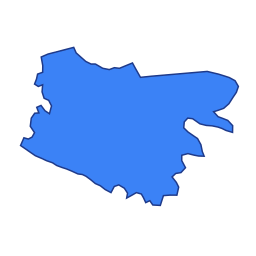 Belmonte, Santa Catarina, Brazil, rotated 187°
{"feature_id": "56859067B29465738256221", "entity_name": "Belmonte", "entity_type": "district", "adm_level": 2, "iso_a3": "BRA", "parent_name": "Brazil", "parent_adm1": "Santa Catarina", "projection": "natural_earth1", "projection_center": [-53.624, -26.854], "detail": "fine", "context": "isolated", "style": "filled", "palette": "blue", "viewbox_px": 256, "rotation_deg": 187, "n_neighbors": 0, "source": "geoboundaries", "source_scale": "gbopen_adm2", "svg_char_len": 1507}
<svg xmlns="http://www.w3.org/2000/svg" viewBox="0 0 256 256"><g transform="rotate(187 128 128)"><path d="M49.0,109.3L51.4,113.7L53.6,120.3L57.7,126.0L62.4,128.4L67.9,131.3L72.7,135.0L72.9,140.9L69.9,145.1L65.0,145.1L61.2,143.1L57.1,140.9L50.6,140.1L44.8,140.4L38.8,139.9L34.7,139.0L30.4,137.5L23.7,136.4L24.4,143.1L29.9,147.7L34.9,149.0L40.0,150.2L45.0,154.6L40.8,156.5L35.4,159.2L30.8,164.4L27.5,171.3L24.8,176.6L23.5,182.7L27.5,188.0L33.6,190.4L38.7,191.4L44.8,192.5L52.0,193.3L56.3,193.8L111.3,182.2L121.8,179.8L128.0,188.2L131.5,193.1L143.8,186.2L148.9,186.2L153.7,183.7L160.4,184.2L168.1,187.5L172.5,187.0L178.0,188.9L183.7,192.8L188.6,196.2L191.7,201.4L216.5,191.6L222.8,187.9L220.2,179.5L219.5,172.9L224.3,170.5L224.8,165.4L226.1,160.2L222.1,158.3L218.0,160.5L217.7,153.4L214.9,147.3L210.1,145.8L206.6,140.6L207.7,132.6L212.5,135.0L217.1,139.8L221.1,137.4L218.3,132.1L222.4,131.3L225.2,126.0L225.2,117.8L220.2,112.0L222.1,107.3L225.6,104.9L230.1,105.6L232.5,97.5L216.6,89.2L210.3,87.4L204.8,85.6L198.7,84.3L194.2,82.1L188.8,80.8L184.1,79.9L178.7,78.4L172.1,76.3L167.7,76.3L163.8,75.0L159.0,72.3L153.7,68.9L148.4,67.3L143.1,64.1L137.0,61.8L134.5,68.3L130.2,70.4L124.3,67.8L120.5,63.3L120.8,58.3L115.9,61.8L111.8,64.9L106.7,64.1L104.1,60.6L101.3,56.1L97.5,58.5L94.0,54.6L86.5,55.1L84.6,65.2L78.2,66.5L71.3,67.3L70.5,75.5L73.4,79.9L78.3,84.8L75.1,88.7L70.0,90.2L66.1,95.6L70.7,102.2L71.3,107.5L65.4,109.9L59.0,109.1L54.5,108.8L49.0,109.3Z" fill="#3b82f6" stroke="#1e3a8a" stroke-width="1.5"/></g></svg>